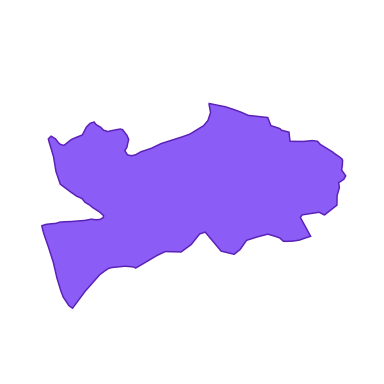 the district of Ikole, Ekiti, Nigeria, rotated 258°
{"feature_id": "59680162B9357675593038", "entity_name": "Ikole", "entity_type": "district", "adm_level": 2, "iso_a3": "NGA", "parent_name": "Nigeria", "parent_adm1": "Ekiti", "projection": "robinson", "projection_center": [5.536, 7.881], "detail": "fine", "context": "isolated", "style": "filled", "palette": "violet", "viewbox_px": 384, "rotation_deg": 258, "n_neighbors": 0, "source": "geoboundaries", "source_scale": "gbopen_adm2", "svg_char_len": 1865}
<svg xmlns="http://www.w3.org/2000/svg" viewBox="0 0 384 384"><g transform="rotate(258 192 192)"><path d="M266.4,63.0L264.0,63.2L255.2,63.9L240.3,63.2L227.0,64.8L224.8,66.7L216.8,73.7L214.4,76.0L213.5,76.8L211.9,78.3L208.6,82.9L204.1,85.3L200.7,89.0L197.2,91.8L191.5,97.6L187.2,100.6L185.5,99.9L184.3,96.6L184.7,92.7L185.3,90.8L186.4,87.6L186.4,82.0L188.2,67.9L189.4,61.1L190.0,56.5L189.6,52.5L190.2,47.9L190.7,42.3L190.3,38.9L190.2,38.1L186.3,38.1L186.2,38.1L180.9,38.5L167.4,40.2L152.1,41.7L135.8,42.0L122.3,43.2L115.9,44.2L106.4,48.0L103.2,51.0L107.4,55.8L117.1,66.8L130.3,84.6L132.9,90.1L134.5,94.2L134.8,97.5L134.5,100.5L133.3,111.2L130.8,119.4L129.3,121.1L137.2,144.6L139.3,153.5L135.6,168.9L140.8,180.3L149.4,190.8L150.0,196.6L128.1,208.2L122.3,220.3L125.9,227.3L133.4,235.3L134.5,246.7L135.0,257.4L131.2,264.4L128.7,268.4L124.8,271.1L123.9,275.1L123.0,280.6L122.6,286.9L123.5,293.7L124.0,298.8L144.6,292.7L146.7,295.0L145.8,312.0L142.0,316.8L149.0,331.0L158.4,333.2L165.7,337.1L170.6,337.4L172.9,343.2L175.8,345.7L182.5,342.9L186.4,344.5L191.8,345.9L193.1,345.6L195.9,343.3L200.6,338.8L201.7,338.1L206.9,332.6L212.0,327.3L215.5,325.3L217.3,320.4L218.3,311.4L221.2,298.4L230.4,299.3L233.9,292.2L235.7,291.2L240.6,282.9L249.1,281.6L255.2,263.1L259.6,257.0L263.2,251.3L268.2,242.8L275.0,227.2L274.1,226.9L265.9,226.7L258.7,222.5L254.4,217.1L253.7,215.0L249.1,202.0L248.1,194.8L247.2,186.0L245.8,171.9L243.2,161.4L242.0,150.5L240.1,144.5L240.1,140.1L241.8,136.6L246.5,134.9L249.1,137.5L256.7,141.0L261.0,140.1L263.3,139.0L267.5,137.0L268.5,134.9L268.7,129.6L268.7,121.6L269.9,120.4L270.6,118.5L274.3,116.1L277.9,112.2L280.8,110.8L280.4,106.7L277.5,102.2L273.9,99.3L270.6,96.6L269.6,90.6L268.5,85.0L266.1,80.2L264.2,76.4L266.1,73.0L267.7,71.8L272.4,69.5L275.9,65.8L273.8,62.5L269.5,62.7L266.4,63.0Z" fill="#8b5cf6" stroke="#5b21b6" stroke-width="1.5"/></g></svg>